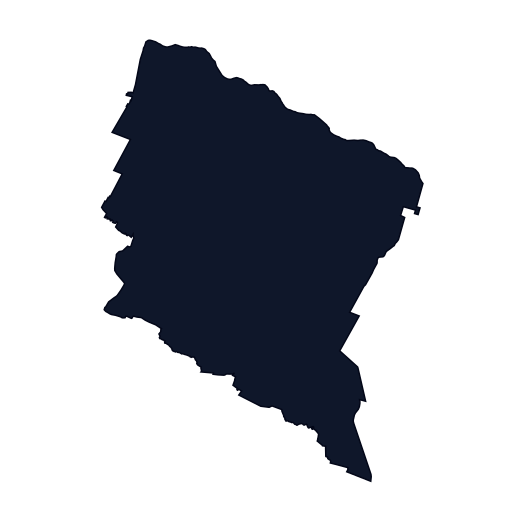 Chacabuco, San Luis, Argentina, rotated 286°
{"feature_id": "61730980B56219468048048", "entity_name": "Chacabuco", "entity_type": "district", "adm_level": 2, "iso_a3": "ARG", "parent_name": "Argentina", "parent_adm1": "San Luis", "projection": "robinson", "projection_center": [-65.4, -32.74], "detail": "fine", "context": "isolated", "style": "filled", "palette": "ink", "viewbox_px": 512, "rotation_deg": 286, "n_neighbors": 0, "source": "geoboundaries", "source_scale": "gbopen_adm2", "svg_char_len": 6095}
<svg xmlns="http://www.w3.org/2000/svg" viewBox="0 0 512 512"><g transform="rotate(286 256 256)"><path d="M431.5,91.2L427.0,91.1L424.9,90.6L422.0,90.9L413.2,90.6L387.4,92.9L378.9,92.9L379.0,91.0L378.0,87.9L376.4,87.9L376.2,86.9L374.7,87.0L375.0,93.1L371.1,93.2L371.2,92.4L369.7,92.4L369.6,92.7L366.7,91.8L366.9,90.8L364.1,90.1L363.9,90.9L335.2,83.6L333.4,103.2L299.0,95.7L298.1,104.8L273.0,99.6L273.2,98.8L271.4,98.5L271.5,97.7L267.0,96.8L267.2,95.7L260.2,94.2L258.3,96.3L255.7,100.7L251.4,99.7L251.2,100.3L251.2,101.2L251.4,101.4L252.5,101.4L252.5,102.5L251.6,103.1L251.3,102.8L250.7,102.8L250.8,103.8L251.3,104.6L250.9,105.3L251.0,105.5L251.3,105.5L251.3,105.9L249.8,106.2L249.8,106.9L250.5,107.1L250.9,107.7L250.2,108.3L250.3,108.9L249.6,109.3L248.8,109.1L248.6,110.7L248.8,111.9L250.5,112.5L250.2,113.6L249.1,113.8L245.2,113.1L242.8,116.9L242.5,118.6L241.4,120.8L240.9,123.4L241.0,124.0L241.9,124.0L241.8,124.9L240.7,125.4L240.2,126.0L240.1,126.6L240.9,127.3L241.0,127.9L239.6,130.9L243.0,131.8L241.3,132.4L239.6,133.6L236.9,133.2L231.3,133.1L230.6,132.9L230.1,132.4L229.8,131.8L230.0,129.9L224.1,126.4L223.2,124.7L222.6,123.4L222.3,123.1L219.6,121.6L218.8,121.4L216.9,121.8L210.7,122.5L205.1,123.6L203.1,124.3L200.3,127.3L193.9,136.8L193.0,137.3L191.2,137.0L185.9,135.6L179.8,133.5L178.3,132.5L177.0,131.3L171.3,127.0L165.4,125.5L164.9,124.9L162.5,124.9L161.3,126.9L160.8,129.2L160.1,131.5L159.9,133.3L160.3,137.2L160.2,142.7L159.8,143.8L159.8,144.9L160.5,147.1L162.0,147.4L162.4,148.0L162.4,148.9L161.7,153.4L161.9,153.8L163.9,154.4L164.4,154.8L164.5,158.3L165.2,162.8L163.8,167.1L162.9,172.0L162.2,178.5L160.1,185.1L159.4,184.8L156.9,185.3L154.3,184.2L153.8,184.6L152.7,185.7L152.2,185.9L151.1,185.6L150.8,185.7L150.3,186.2L150.1,186.4L150.2,187.7L149.6,189.1L149.9,190.2L149.2,191.1L149.2,192.1L147.9,192.0L147.2,192.2L147.1,192.5L147.3,193.7L146.6,195.4L146.6,196.3L145.3,198.1L144.8,199.4L144.2,200.0L144.1,200.5L142.6,201.2L141.8,202.4L141.8,203.4L141.6,203.7L141.8,204.6L141.6,205.2L142.3,206.0L142.1,206.3L142.1,206.8L141.8,207.3L142.1,209.1L141.4,211.6L141.9,212.6L141.7,214.5L141.8,216.7L141.6,217.3L141.7,218.1L141.5,218.6L141.4,220.3L141.0,220.4L141.0,221.0L140.7,221.6L141.6,222.7L141.4,223.4L141.9,224.2L141.7,224.8L139.5,226.4L138.9,227.6L138.2,228.1L137.6,228.9L137.1,228.9L136.9,228.6L136.5,228.6L135.5,229.5L135.0,230.5L134.2,233.7L132.5,234.2L131.2,235.0L129.9,235.3L129.4,235.1L131.8,247.3L130.5,247.3L131.3,252.3L132.6,258.0L133.1,258.9L134.1,259.7L134.5,260.3L135.9,265.6L137.6,267.6L134.8,266.4L134.2,269.6L131.3,269.6L130.4,269.8L125.4,269.5L123.7,274.2L122.4,274.5L122.2,275.0L121.9,275.1L121.9,275.4L123.1,276.1L122.3,279.4L117.6,277.8L112.9,302.0L114.2,310.4L116.3,312.7L115.5,323.1L113.8,323.8L110.3,326.6L109.3,326.9L108.6,327.9L108.0,328.3L107.9,328.7L107.3,328.9L107.0,329.3L106.6,329.1L106.3,330.0L105.7,330.1L105.7,330.6L106.5,332.2L106.4,332.5L106.0,332.7L105.9,333.0L105.9,335.7L105.7,336.2L106.1,337.1L106.2,337.6L106.0,338.1L105.0,339.5L105.0,340.8L104.6,341.9L104.8,342.3L106.0,343.3L107.4,345.7L107.5,346.7L107.2,347.6L106.8,348.1L106.7,348.7L107.0,349.4L107.7,349.8L107.9,350.5L108.3,351.0L108.1,351.3L107.5,351.6L105.8,353.0L105.2,353.8L105.6,354.7L107.3,356.8L107.8,357.9L107.8,358.2L107.4,358.6L107.0,358.7L106.7,358.4L106.3,357.7L106.2,357.0L105.6,357.0L105.2,357.3L105.0,358.0L105.5,358.6L105.7,359.6L105.2,360.2L105.2,361.2L104.8,361.5L104.7,362.0L104.0,362.4L103.7,363.2L102.1,365.3L101.4,365.3L100.8,365.6L100.1,365.4L99.4,365.7L97.5,365.7L96.5,366.0L95.9,365.8L95.3,366.0L95.0,365.9L92.2,372.2L91.9,372.3L92.3,375.4L90.7,375.8L82.7,378.3L82.3,379.0L82.7,379.7L82.6,380.3L82.0,380.6L81.3,380.7L80.9,381.1L80.5,382.2L80.4,383.2L79.4,384.4L77.5,384.5L77.7,390.2L77.9,402.6L76.1,403.2L73.6,402.7L71.1,428.4L75.6,427.6L77.8,426.7L121.9,396.2L123.6,395.2L125.2,394.7L130.3,394.4L132.5,394.8L136.9,396.6L139.6,396.9L143.0,396.5L144.7,396.0L146.5,395.1L146.6,401.4L176.4,384.9L177.3,384.3L178.3,382.3L187.9,362.6L226.8,371.7L227.7,361.5L256.7,368.1L258.5,369.2L271.6,372.3L275.5,372.8L282.1,374.3L282.7,374.3L285.5,373.6L287.9,373.8L288.8,374.6L290.2,378.2L290.6,378.6L291.6,379.2L292.4,379.4L295.5,379.8L296.8,380.4L300.5,383.3L303.1,385.1L304.1,386.0L306.6,386.4L308.1,387.3L310.9,388.4L334.0,388.3L334.8,383.8L344.0,384.0L344.1,396.7L340.5,396.7L340.5,400.4L347.5,400.4L347.5,396.7L371.7,396.5L373.1,394.7L376.0,391.8L378.5,390.7L380.6,389.0L382.8,385.5L383.5,382.9L383.5,381.8L382.9,379.5L382.6,377.6L382.4,377.0L382.1,374.6L383.4,373.4L384.7,370.8L385.8,369.3L387.3,366.3L388.4,363.8L388.7,362.2L388.7,361.4L388.4,360.4L388.4,359.4L388.1,358.7L388.2,356.6L388.9,355.2L389.8,352.9L390.1,350.6L391.2,346.8L391.0,344.7L391.5,343.7L391.7,341.7L395.3,338.6L396.5,336.8L396.8,335.2L396.8,333.4L397.2,329.9L397.0,327.1L396.1,324.4L395.1,322.1L394.4,318.4L392.2,312.3L392.0,310.9L392.5,309.6L392.3,308.2L392.7,304.7L393.3,303.1L393.4,300.5L393.9,297.2L395.1,293.9L396.1,292.5L398.1,291.2L398.9,291.2L399.6,290.3L400.7,288.5L401.4,287.8L405.4,279.4L407.8,273.3L407.3,271.2L407.3,269.8L406.7,268.2L406.0,265.1L405.8,261.9L405.2,257.8L405.1,255.9L405.5,253.8L405.3,252.0L405.8,248.6L405.7,246.6L406.0,245.1L407.3,242.4L408.7,240.9L409.6,239.6L410.5,238.9L411.5,237.6L414.1,235.5L415.5,233.3L416.9,231.6L417.6,230.3L417.7,229.6L419.1,227.8L419.3,226.3L418.3,223.6L418.9,222.6L420.1,221.7L421.4,220.3L423.0,217.4L422.7,215.4L422.2,214.2L421.9,212.9L421.3,211.9L420.2,207.4L418.7,204.5L418.6,202.9L418.8,201.5L420.4,198.2L420.8,196.6L421.5,195.6L421.8,194.7L422.1,192.9L422.0,191.1L422.2,189.6L422.1,188.1L420.8,185.8L419.1,183.5L418.6,182.2L418.3,179.9L418.9,176.6L420.2,173.6L427.4,165.6L431.7,162.9L432.5,161.0L434.1,158.6L435.5,157.4L437.7,155.2L439.0,152.2L440.5,150.4L440.9,148.8L440.9,146.4L440.4,145.1L440.1,143.4L440.1,140.3L439.4,138.1L439.4,136.3L438.5,135.0L438.4,133.6L437.7,132.5L437.0,130.1L436.7,128.0L436.7,124.8L436.9,123.3L436.9,120.1L434.7,117.2L433.0,114.3L432.4,113.2L432.1,111.5L432.2,108.3L433.2,105.4L433.3,103.9L434.2,100.5L434.3,96.4L434.2,94.5L433.6,93.0L431.5,91.2Z" fill="#0f172a" stroke="#020617" stroke-width="1.5"/></g></svg>